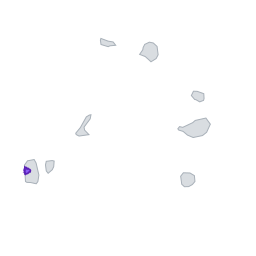 Sao Pedro Apostolo, Ribeira Grande, Cabo Verde (highlighted), rotated 292°
{"feature_id": "66160863B19660935593220", "entity_name": "Sao Pedro Apostolo", "entity_type": "district", "adm_level": 2, "iso_a3": "CPV", "parent_name": "Cabo Verde", "parent_adm1": "Ribeira Grande", "projection": "albers", "projection_center": [-25.188, 17.13], "detail": "fine", "context": "in_parent", "style": "filled", "palette": "violet", "viewbox_px": 256, "rotation_deg": 292, "n_neighbors": 0, "source": "geoboundaries", "source_scale": "gbopen_adm2", "svg_char_len": 2779}
<svg xmlns="http://www.w3.org/2000/svg" viewBox="0 0 256 256"><g transform="rotate(292 128 128)"><path d="M166.4,196.5L162.4,202.9L153.5,202.5L148.9,199.9L143.6,192.0L143.7,185.8L145.5,180.4L145.1,175.8L145.9,174.5L148.6,175.3L149.1,178.5L157.2,186.0L160.2,187.5L166.4,196.5ZM51.0,63.0L44.6,64.5L41.9,63.8L41.0,58.3L39.7,54.6L40.0,53.0L54.7,45.9L59.9,47.1L63.6,52.8L61.1,55.9L51.0,63.0ZM200.6,111.2L206.1,112.4L208.2,111.9L211.8,112.2L215.6,115.7L216.3,119.6L214.5,124.4L207.2,128.5L203.0,128.1L198.0,124.5L200.7,117.3L200.6,111.2ZM108.7,207.4L103.5,210.1L99.8,208.9L96.4,206.2L94.7,202.3L96.0,198.9L103.0,194.9L107.2,196.1L109.5,202.3L108.7,207.4ZM122.7,85.2L125.5,87.3L126.4,88.7L122.3,89.5L112.4,86.9L109.8,88.5L107.2,94.3L102.2,85.6L102.5,82.4L103.6,81.5L110.6,83.7L122.7,85.2ZM183.8,187.5L181.9,187.7L179.1,184.7L179.7,180.3L179.4,179.2L181.8,174.6L186.6,174.9L187.9,178.3L188.2,185.4L183.8,187.5ZM69.7,71.9L64.3,73.6L60.9,73.4L56.1,70.9L57.6,68.3L62.9,65.3L66.5,64.7L69.4,69.9L69.7,71.9ZM202.2,82.0L200.1,85.6L197.4,80.4L196.0,79.2L195.3,71.7L199.1,69.5L200.9,69.3L201.1,77.0L202.2,82.0Z" fill="#d9dde1" stroke="#a8b0b8" stroke-width="1"/><path d="M53.1,46.9L52.8,47.0L52.7,47.1L52.4,47.2L52.2,47.2L51.9,47.2L51.8,47.3L51.8,47.2L51.7,47.2L51.6,47.3L51.4,47.3L51.5,47.4L51.4,47.4L51.2,47.4L51.2,47.5L51.1,47.8L50.9,47.9L50.9,48.1L50.7,48.2L50.3,48.3L50.2,48.4L50.0,48.5L49.9,48.5L49.7,48.5L49.6,48.4L49.4,48.5L49.4,48.4L49.3,48.5L49.2,48.4L49.3,48.4L49.2,48.4L49.2,48.5L49.2,48.4L49.1,48.2L49.1,48.3L49.1,48.2L49.0,48.3L49.0,48.5L48.9,48.5L49.0,48.5L48.9,48.5L48.8,48.8L48.6,48.9L48.4,48.8L48.3,48.7L48.3,48.8L48.3,48.7L48.2,48.7L48.1,48.8L48.1,49.0L48.1,49.3L47.9,49.4L47.9,49.5L47.7,49.6L47.5,49.4L47.4,49.4L47.2,49.4L47.2,49.5L47.3,49.7L47.2,49.7L47.2,49.8L47.3,49.8L47.2,49.8L47.3,49.9L47.3,50.0L47.2,50.1L47.2,50.3L47.1,50.2L47.1,50.3L46.8,50.5L47.0,50.6L47.3,50.8L47.5,50.9L47.6,51.0L47.8,51.2L47.8,51.3L48.0,51.5L47.9,51.5L48.0,51.6L48.0,51.8L48.2,52.0L48.3,51.9L48.5,52.0L48.8,52.2L48.9,52.3L49.0,52.4L49.1,52.5L49.2,52.4L49.3,52.5L49.5,52.7L49.9,52.7L50.0,52.7L50.3,52.7L50.4,52.8L50.5,52.9L50.4,52.9L50.4,53.0L50.5,53.1L50.4,53.2L50.5,53.3L50.4,53.3L50.4,53.5L50.5,53.5L50.7,53.8L50.8,53.8L50.9,53.7L51.0,53.6L51.3,53.5L51.5,53.6L51.9,53.6L52.0,53.5L52.1,53.4L52.3,53.3L52.3,53.1L52.4,52.9L52.6,52.9L52.7,52.7L52.7,52.4L52.8,52.3L52.8,52.2L52.7,52.1L52.7,51.9L52.7,51.7L52.8,51.5L52.8,51.4L52.8,51.2L53.0,51.0L52.9,50.9L53.0,50.8L53.0,50.7L53.1,50.4L52.9,50.4L52.6,50.2L52.5,50.3L52.3,50.2L52.2,50.1L52.1,49.9L52.3,49.7L52.2,49.5L52.3,49.4L52.5,49.3L52.6,49.2L52.8,49.0L52.8,48.9L52.8,48.7L53.0,48.6L53.1,48.4L53.3,48.4L53.3,48.2L53.2,48.2L53.2,47.9L53.2,47.7L53.0,47.3L53.0,47.2L53.1,46.9L53.1,46.9Z" fill="#8b5cf6" stroke="#5b21b6" stroke-width="1.5"/></g></svg>